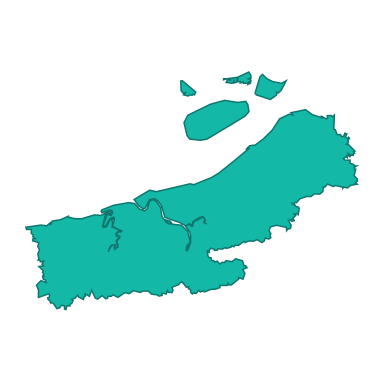 Chittagong, Chittagong, Bangladesh (Albers equal-area conic projection), rotated 92°
{"feature_id": "16705992B94200136889214", "entity_name": "Chittagong", "entity_type": "district", "adm_level": 2, "iso_a3": "BGD", "parent_name": "Bangladesh", "parent_adm1": "Chittagong", "projection": "albers", "projection_center": [91.95, 22.424], "detail": "fine", "context": "isolated", "style": "filled", "palette": "teal", "viewbox_px": 384, "rotation_deg": 92, "n_neighbors": 0, "source": "geoboundaries", "source_scale": "gbopen_adm2", "svg_char_len": 6002}
<svg xmlns="http://www.w3.org/2000/svg" viewBox="0 0 384 384"><g transform="rotate(92 192 192)"><path d="M294.8,214.1L291.1,213.2L293.1,212.0L293.2,208.4L291.0,207.6L287.9,208.6L284.9,201.8L283.6,201.5L282.2,198.8L287.4,194.2L286.8,192.1L288.8,192.2L289.8,189.9L292.2,189.9L293.9,188.2L292.9,187.2L293.2,184.3L290.0,181.8L291.6,180.2L290.5,177.4L291.4,175.9L288.6,169.6L288.3,165.1L286.5,160.7L284.5,161.0L284.1,153.2L282.1,152.8L283.5,151.5L283.5,149.3L277.2,142.2L275.9,142.5L277.3,138.0L271.7,136.3L267.6,138.5L265.5,133.8L265.4,135.2L263.8,135.7L263.9,137.4L258.9,139.2L257.2,146.0L260.2,149.7L259.4,155.6L261.4,157.1L261.2,159.3L263.0,161.7L260.2,164.4L261.3,167.1L259.8,167.9L259.8,170.0L257.1,170.7L256.8,173.0L255.4,173.8L250.3,174.7L250.4,173.0L252.6,172.6L249.0,172.6L247.5,171.1L248.5,167.8L249.6,167.5L249.2,164.6L247.8,164.1L248.0,159.8L246.4,156.8L247.2,155.7L245.7,151.0L244.4,150.7L245.2,148.2L243.8,147.1L243.6,143.6L239.6,138.5L240.7,137.2L239.0,133.6L239.0,128.6L237.3,125.3L240.1,120.5L238.5,118.1L235.5,117.2L236.3,113.6L235.0,111.7L232.1,112.5L231.0,111.7L227.9,113.7L224.1,112.3L222.3,106.3L224.1,96.4L227.3,96.1L225.7,95.0L225.1,92.3L221.8,91.8L216.9,94.8L216.4,93.3L217.9,91.2L217.0,88.8L215.4,89.9L215.7,91.1L211.8,87.5L210.5,89.4L209.9,86.8L211.0,85.1L204.9,84.3L203.5,84.9L202.5,88.3L201.0,88.8L201.2,90.4L199.8,91.4L200.1,89.9L198.6,88.7L199.1,87.2L195.1,84.0L192.5,77.5L192.4,73.0L189.7,69.6L189.6,64.2L187.0,61.2L182.4,61.0L182.7,59.6L179.3,56.9L181.6,51.1L180.5,48.9L181.8,41.9L183.1,41.4L181.8,40.8L182.5,36.8L179.8,33.5L178.4,27.2L177.3,29.2L175.5,27.2L173.2,27.3L170.0,30.5L163.5,29.2L163.6,30.3L161.8,30.7L160.2,28.3L160.3,30.7L159.0,31.2L157.6,35.2L154.6,35.1L154.9,40.1L153.4,41.8L151.4,39.3L152.3,38.0L149.9,38.4L150.4,36.4L148.1,37.2L149.4,34.9L151.7,36.0L149.5,33.9L149.7,32.1L148.4,32.2L147.8,30.9L146.1,31.8L145.5,30.6L139.2,37.2L138.9,39.3L137.1,37.4L135.4,38.0L132.7,36.5L131.9,37.3L133.3,37.8L131.6,40.8L128.6,39.2L127.9,41.3L130.7,42.3L131.6,44.3L129.4,45.6L129.6,49.0L124.9,50.9L124.4,52.5L110.1,52.4L111.9,54.2L110.7,55.6L111.0,59.5L113.4,59.1L114.3,60.3L111.8,65.2L111.8,66.1L112.5,64.0L113.4,64.3L110.5,74.4L105.8,81.4L109.3,95.9L111.4,94.0L110.9,97.6L115.7,106.9L127.5,114.1L136.5,122.6L142.9,130.5L143.7,135.9L147.6,139.6L146.0,136.0L158.2,149.6L172.0,165.6L177.0,173.2L184.6,190.4L183.9,194.3L192.9,227.6L191.7,234.4L201.5,249.6L207.8,244.6L210.6,239.8L209.5,238.0L201.1,234.2L200.0,229.0L202.0,225.8L206.7,222.0L218.3,218.2L223.1,202.8L226.1,197.1L223.7,193.5L225.9,190.8L222.2,190.2L220.4,188.5L217.3,183.6L216.3,180.5L216.9,179.3L220.0,177.5L221.7,179.0L223.5,176.3L222.1,179.2L221.5,179.3L219.7,177.9L216.7,180.3L221.8,189.3L226.1,190.2L226.2,191.5L224.2,193.6L226.7,197.2L231.7,192.9L235.9,191.9L242.3,191.5L250.6,194.3L250.7,195.7L247.2,195.7L245.2,194.9L243.6,192.9L240.5,192.4L231.6,194.9L225.6,201.5L224.6,213.9L223.4,216.6L217.7,221.1L208.4,223.0L202.8,227.2L201.0,230.6L202.7,234.2L210.4,236.1L212.5,238.8L210.7,244.2L205.6,248.8L204.8,254.8L208.0,269.8L213.0,281.4L214.4,282.2L215.8,281.4L212.9,274.0L213.2,271.6L214.9,270.4L218.2,271.9L217.5,276.1L227.5,279.4L229.7,278.9L228.9,277.0L222.2,273.5L220.3,270.8L220.0,269.1L220.5,268.7L222.9,268.7L229.3,270.3L233.3,260.9L234.5,261.7L234.6,264.6L237.2,266.3L238.8,262.6L240.2,262.6L243.9,265.7L247.6,264.0L249.5,264.0L252.0,267.3L250.2,267.8L248.0,267.0L247.7,269.2L250.3,271.8L254.8,273.7L250.0,272.2L247.7,270.2L247.4,267.1L248.8,266.7L250.3,267.3L251.3,266.8L249.5,264.4L243.5,266.1L238.9,263.0L238.5,266.2L236.1,266.5L233.9,264.5L233.4,261.6L229.8,270.6L224.5,270.3L222.2,271.8L222.8,273.2L229.6,276.2L230.5,279.0L229.7,280.2L217.7,277.8L216.1,275.3L216.9,271.7L214.2,271.8L214.8,275.6L218.6,282.2L218.3,288.7L222.7,301.7L222.6,309.1L221.4,314.7L220.5,314.7L224.3,322.4L225.9,330.7L230.1,332.3L227.8,332.6L230.9,336.1L230.3,341.8L233.0,356.8L235.2,356.0L235.0,351.3L239.0,351.2L240.5,349.1L242.3,349.5L244.1,347.0L244.4,349.4L246.4,349.4L247.9,343.4L251.9,344.2L255.2,342.4L259.1,343.9L264.5,342.7L265.3,343.5L265.8,341.5L267.1,341.0L266.3,337.7L269.3,339.4L271.0,337.7L271.8,342.4L276.0,337.8L277.4,338.6L279.4,337.1L281.0,338.2L281.4,337.2L282.3,338.3L284.4,337.4L285.0,335.4L287.6,334.6L285.8,339.8L290.6,344.2L295.2,342.0L302.7,341.8L298.7,331.4L300.6,330.7L302.5,331.1L302.7,332.4L304.4,332.1L306.0,329.9L308.5,329.4L307.3,329.1L308.1,326.7L313.3,323.0L312.3,320.1L309.8,318.6L310.3,315.5L313.5,315.3L313.9,313.9L310.0,313.1L310.2,310.1L308.4,310.0L307.6,308.3L304.7,307.1L303.5,308.4L302.3,305.2L299.1,302.8L301.1,301.3L303.2,296.8L299.9,295.9L299.8,294.9L297.5,295.3L299.8,290.9L293.6,288.8L301.4,285.0L302.3,282.6L298.7,278.1L301.7,274.5L301.1,272.7L299.3,272.5L299.0,268.9L297.5,267.3L299.9,262.4L294.9,255.5L295.8,251.1L292.6,247.2L294.2,240.1L292.7,237.8L292.6,232.1L295.5,229.0L296.0,223.4L297.2,221.4L296.4,218.3L294.2,218.5L294.8,214.1ZM123.0,202.4L135.8,198.9L139.2,196.1L140.0,185.4L138.6,178.8L114.5,141.8L109.7,137.9L102.8,139.2L99.5,141.4L100.9,149.3L99.3,162.7L103.7,176.8L115.4,198.8L123.0,202.4ZM72.0,125.7L74.7,128.2L91.0,132.4L92.7,131.1L96.8,116.9L92.4,111.2L90.3,110.4L89.0,111.6L89.9,109.0L86.9,106.2L77.6,101.8L80.3,106.5L78.8,115.3L76.4,120.7L72.0,125.7ZM94.8,192.8L92.0,191.8L81.1,205.5L81.5,207.1L91.2,206.4L93.5,204.3L93.0,202.0L95.2,203.8L96.2,199.3L94.9,197.2L95.4,195.3L94.3,194.6L94.8,192.8ZM75.7,150.3L80.2,150.0L79.9,147.6L81.4,147.7L80.8,145.1L79.5,144.8L81.5,144.3L81.4,140.3L80.1,139.5L78.9,136.9L77.1,137.8L76.9,140.6L76.2,137.0L73.4,137.2L70.1,139.4L75.7,150.3ZM77.5,160.7L79.0,156.6L78.5,160.4L81.3,161.7L81.9,155.9L81.6,154.5L79.3,154.0L81.4,153.3L80.7,151.3L75.8,150.5L77.5,160.7ZM220.6,218.4L224.1,214.3L224.0,211.2L221.8,212.9L220.6,218.4ZM221.4,271.5L222.7,269.1L220.6,268.9L220.5,270.6L221.4,271.5ZM248.4,195.0L246.6,193.7L244.5,193.2L246.0,194.8L248.4,195.0ZM82.5,139.8L81.2,137.4L80.5,137.4L80.3,139.1L82.5,139.8ZM77.7,164.3L78.7,164.4L77.8,161.8L77.6,161.9L77.7,164.3Z" fill="#14b8a6" stroke="#0f766e" stroke-width="1.5"/></g></svg>